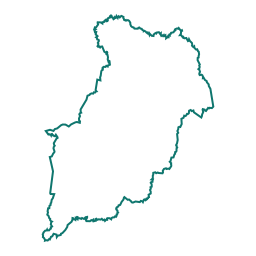 Ocú, Herrera, Panama (Equal Earth projection)
{"feature_id": "35544464B32201522330751", "entity_name": "Ocú", "entity_type": "district", "adm_level": 2, "iso_a3": "PAN", "parent_name": "Panama", "parent_adm1": "Herrera", "projection": "equal_earth", "projection_center": [-80.813, 7.919], "detail": "fine", "context": "isolated", "style": "outline", "palette": "teal", "viewbox_px": 256, "rotation_deg": 0, "n_neighbors": 0, "source": "geoboundaries", "source_scale": "gbopen_adm2", "svg_char_len": 5734}
<svg xmlns="http://www.w3.org/2000/svg" viewBox="0 0 256 256"><path d="M104.4,20.9L104.0,22.0L102.5,22.2L102.4,23.5L100.7,22.4L97.7,22.3L97.6,22.9L98.1,24.5L95.8,27.7L94.9,27.4L94.2,29.4L95.3,29.7L94.5,30.3L95.0,32.3L96.2,32.1L95.7,34.4L97.5,36.1L96.1,37.3L96.9,37.8L97.2,39.4L98.6,39.8L98.9,40.9L97.8,42.9L98.3,43.6L98.2,45.0L97.5,46.2L98.1,46.8L98.9,46.1L100.1,47.5L100.9,46.6L102.2,46.5L104.3,51.7L105.8,52.7L106.7,51.8L107.1,52.0L107.3,52.6L107.0,54.0L106.4,53.7L106.4,54.2L107.5,54.8L108.0,57.3L107.7,59.3L108.5,61.8L109.1,60.9L109.5,61.1L109.9,64.7L107.9,65.5L107.7,66.5L106.3,65.8L105.5,66.9L103.7,66.8L102.6,67.7L102.5,68.4L102.9,68.8L102.7,69.9L101.9,70.2L101.3,71.2L100.7,75.7L100.1,77.4L100.4,80.4L97.3,79.6L95.6,90.2L96.5,91.3L95.9,91.4L95.1,92.5L93.9,92.3L93.2,93.6L91.6,93.4L90.2,94.0L89.5,95.0L87.5,95.7L86.5,99.6L80.6,109.5L80.7,111.7L81.2,112.7L80.1,113.1L79.3,114.2L80.0,116.1L79.0,118.4L79.1,120.4L80.0,121.3L79.8,122.8L76.9,122.0L75.2,122.4L71.1,124.4L68.8,126.5L65.5,124.6L62.8,124.5L61.1,125.2L57.2,128.4L54.8,129.1L53.5,130.9L50.0,129.8L45.8,131.0L48.3,134.4L48.9,134.1L49.3,134.6L50.7,134.6L51.1,135.4L51.5,134.1L52.0,134.0L52.5,135.3L53.3,135.2L54.2,136.1L55.2,136.2L55.9,134.8L57.5,137.2L57.1,137.6L57.3,138.1L56.7,138.3L53.8,143.2L54.2,145.1L54.7,145.7L53.7,147.1L53.5,148.4L54.5,151.4L54.3,152.3L53.2,153.5L51.8,156.4L49.8,157.0L53.0,171.3L50.2,193.1L50.6,194.0L54.2,194.1L52.8,198.3L51.7,199.8L51.2,202.8L50.6,203.4L50.6,205.0L49.5,205.7L49.3,208.2L48.1,208.3L47.6,211.3L48.0,212.4L47.3,214.7L48.5,215.8L49.3,218.2L50.2,218.9L50.1,220.0L51.1,221.3L51.9,221.6L51.2,222.3L50.8,224.4L52.1,226.5L50.8,227.2L50.9,228.6L49.8,229.3L49.2,230.3L47.4,230.4L47.1,229.6L46.7,230.4L45.1,230.7L43.4,232.6L43.2,233.7L42.7,234.3L43.1,235.9L42.9,237.1L44.0,238.0L45.1,240.0L45.0,240.6L46.1,240.2L47.7,240.5L49.2,239.0L49.9,239.4L51.0,236.8L52.3,236.3L53.6,233.8L56.5,234.6L56.8,237.0L57.7,235.7L60.7,235.0L61.0,233.7L62.4,233.1L65.3,230.0L67.2,227.0L67.6,225.0L71.6,221.7L72.4,219.8L72.5,218.0L73.0,218.1L73.5,219.4L74.5,219.3L75.4,219.9L75.6,218.0L77.1,219.0L76.7,217.1L77.0,216.9L77.7,217.1L78.2,218.6L79.8,218.2L81.2,218.9L82.0,218.0L83.9,218.9L85.6,217.2L87.1,216.9L87.1,217.7L86.4,219.0L85.6,219.3L86.4,221.1L90.0,221.2L91.3,220.1L92.1,220.5L93.2,219.7L93.5,221.3L95.8,220.7L95.4,219.2L96.3,218.7L97.5,219.8L98.7,219.3L100.7,219.6L101.8,218.8L103.1,220.2L104.4,219.6L105.0,220.9L106.2,219.7L107.1,219.8L107.0,218.5L107.3,218.2L109.4,218.2L111.2,219.3L111.5,218.1L112.7,217.4L114.1,217.4L115.1,216.3L116.0,216.8L116.6,215.8L116.6,214.5L117.2,214.3L117.5,213.0L118.0,212.6L117.4,212.0L117.6,211.1L117.2,210.3L116.3,209.5L116.2,208.4L116.6,208.3L116.8,207.3L118.3,206.5L118.6,205.3L120.2,204.9L121.6,201.9L123.5,199.5L123.9,197.7L124.4,197.1L127.7,199.8L129.0,199.5L131.1,201.3L131.7,202.3L132.9,202.6L135.5,201.5L139.8,202.1L140.8,200.9L142.3,201.3L142.9,202.1L143.8,199.8L144.3,199.4L144.9,199.4L145.5,200.3L145.9,200.1L146.5,198.7L147.2,199.0L147.5,198.3L148.1,198.1L148.3,197.3L149.0,197.1L148.6,194.7L150.7,193.5L150.7,191.6L150.0,190.0L150.8,188.7L150.5,187.2L151.7,186.7L151.7,185.2L151.6,184.1L150.7,182.8L151.1,182.2L152.5,181.8L152.5,180.8L152.9,179.5L151.7,179.4L152.8,178.3L152.8,175.6L153.2,174.8L153.3,172.8L155.3,172.3L156.2,173.2L157.8,172.5L158.6,173.0L162.5,173.3L163.0,172.4L162.8,170.7L164.0,168.9L166.0,168.3L166.6,169.0L168.4,168.6L169.3,169.0L171.2,166.2L171.3,165.0L170.9,164.0L171.2,163.2L169.8,161.8L170.5,161.2L171.4,157.6L173.5,157.4L174.4,154.4L175.1,153.8L175.1,152.1L176.1,151.7L176.5,150.9L176.5,148.8L177.2,147.4L176.6,146.9L176.7,145.9L176.1,145.1L177.0,143.4L177.7,140.0L177.1,134.0L178.2,132.8L177.4,131.0L178.2,129.3L178.4,127.3L179.3,126.8L180.3,127.0L181.7,124.0L181.4,118.8L183.5,117.8L184.2,115.7L185.1,116.1L186.1,115.6L187.0,113.9L187.9,114.0L188.8,113.3L189.1,110.7L190.7,110.0L191.7,111.1L193.4,110.5L193.9,112.3L201.3,117.5L201.9,116.1L202.1,114.5L203.2,112.1L202.6,109.6L202.8,109.1L204.6,109.6L205.2,110.7L206.0,111.0L208.1,107.9L209.0,108.4L209.5,107.8L211.9,108.1L213.3,106.6L210.4,88.8L208.8,86.0L208.7,84.4L206.9,82.3L206.7,81.1L204.9,79.9L203.7,77.8L202.9,78.1L203.0,76.7L202.3,75.2L201.5,74.7L199.8,75.1L199.4,74.6L199.3,73.4L200.0,71.8L199.4,69.9L198.4,69.1L199.4,68.1L199.7,66.9L199.2,65.5L199.8,64.5L197.6,60.1L197.7,57.9L198.6,57.5L198.6,56.1L199.1,54.2L198.7,51.7L198.1,51.3L197.2,49.3L196.2,49.6L195.0,48.5L194.4,47.7L194.2,46.3L193.3,47.0L192.4,46.2L192.0,45.5L192.3,45.0L191.9,42.9L189.9,41.0L189.0,39.2L188.4,40.9L188.0,41.1L186.3,38.0L184.4,38.3L183.3,37.8L183.5,37.2L182.9,36.5L182.3,36.7L181.0,35.0L180.0,35.1L180.9,33.7L181.1,31.4L182.1,30.8L181.9,30.2L180.9,30.8L178.7,28.0L178.1,28.8L177.1,28.4L175.2,29.2L174.9,29.7L175.3,30.4L174.2,31.1L173.5,32.3L171.1,32.8L170.8,33.8L169.4,34.5L169.8,35.7L168.3,35.7L168.0,36.3L168.4,37.3L167.3,37.4L166.2,38.2L166.3,37.2L165.5,36.2L165.4,35.3L164.4,36.0L163.9,35.0L163.0,36.1L162.2,35.3L161.3,35.9L160.7,34.6L160.8,33.2L160.0,33.8L158.9,32.2L156.9,32.5L156.3,33.4L155.9,32.9L155.1,33.3L153.7,34.5L153.5,36.0L151.7,35.8L149.9,33.9L149.5,34.8L149.1,33.4L148.7,33.9L147.8,33.6L147.6,32.4L146.6,32.7L145.6,31.5L144.3,30.8L143.8,31.1L143.8,30.6L142.4,30.0L141.7,28.8L140.4,28.6L139.3,27.5L138.4,27.8L137.8,28.7L134.4,28.6L133.6,27.4L132.4,27.2L131.1,26.2L130.3,24.2L130.3,22.7L129.1,20.8L127.9,20.1L126.1,20.6L125.8,20.0L125.0,20.3L124.0,19.8L123.9,18.9L123.3,18.0L123.5,17.0L121.9,16.1L121.3,15.9L119.8,17.4L118.7,16.2L118.0,16.8L117.7,17.9L116.5,16.1L116.0,17.8L115.5,18.0L114.8,17.2L114.1,18.8L113.5,19.2L112.5,17.2L111.0,17.3L110.8,16.3L111.3,15.6L111.0,15.4L109.9,16.3L109.5,17.7L108.0,18.2L107.6,19.2L107.9,20.1L107.4,21.1L106.3,21.3L105.8,19.8L104.4,20.9Z" fill="none" stroke="#0f766e" stroke-width="2"/></svg>